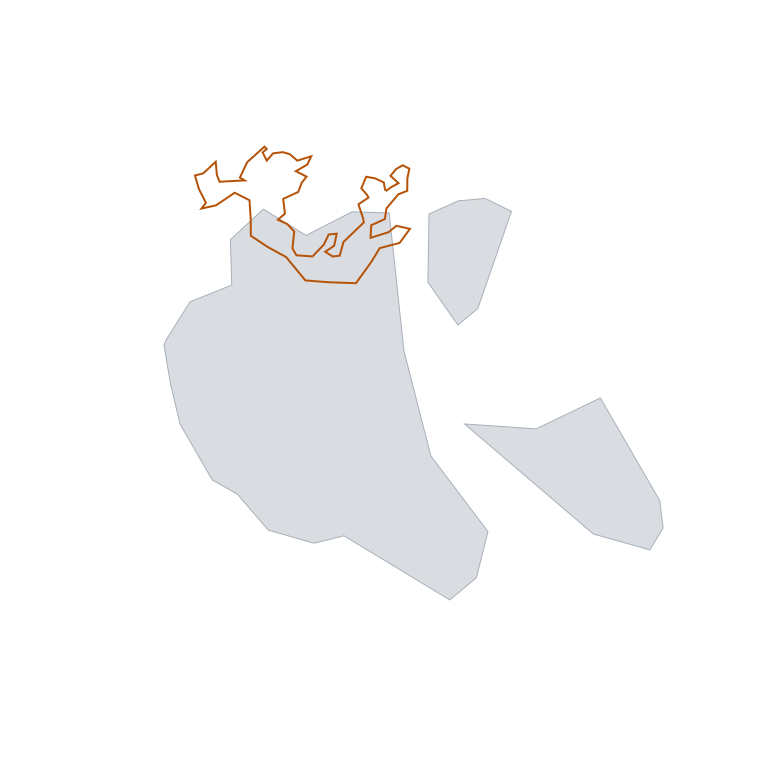 Hong Kong S.A.R., with Sai Kung highlighted, rotated 240°
{"feature_id": "HKG-5162", "entity_name": "Sai Kung", "entity_type": "state/province", "adm_level": 1, "iso_a3": "HKG", "parent_name": "Hong Kong S.A.R.", "parent_adm1": "", "projection": "mercator", "projection_center": [114.312, 22.352], "detail": "fine", "context": "in_parent", "style": "outline", "palette": "amber", "viewbox_px": 768, "rotation_deg": 240, "n_neighbors": 0, "source": "natural_earth", "source_scale": "10m", "svg_char_len": 1694}
<svg xmlns="http://www.w3.org/2000/svg" viewBox="0 0 768 768"><g transform="rotate(240 384 384)"><path d="M281.1,243.8L283.8,241.1L315.4,210.7L362.1,201.9L386.7,187.3L451.0,187.3L490.4,199.0L527.6,212.9L531.1,217.3L552.2,257.1L545.8,301.6L585.8,323.1L595.7,366.9L551.7,390.8L549.1,442.4L529.5,474.0L402.7,417.8L298.2,388.6L204.2,400.2L170.0,367.1L164.1,333.0L272.5,273.5L281.1,243.8ZM263.7,564.4L145.2,564.5L119.9,553.8L107.4,531.3L149.4,490.3L309.1,433.8L269.1,493.2L263.7,564.4ZM494.1,564.4L469.7,580.7L402.4,502.9L398.2,477.5L450.2,472.9L508.7,508.0L505.5,539.9L494.1,564.4Z" fill="#d9dde1" stroke="#a8b0b8" stroke-width="1"/><path d="M627.2,313.7L630.0,320.4L645.3,321.2L659.1,324.5L656.8,332.7L660.6,349.4L648.9,343.9L641.4,342.7L630.0,365.1L634.8,362.4L644.5,376.4L649.3,399.2L646.1,399.9L645.3,394.7L636.1,394.2L639.2,403.3L635.3,412.4L630.0,417.4L620.8,420.6L617.6,434.8L612.4,427.3L612.4,414.1L602.3,420.6L599.4,413.3L593.2,405.7L594.7,389.2L581.1,383.4L579.3,374.2L570.9,380.2L561.0,382.5L547.2,372.5L539.3,372.5L530.2,385.9L534.8,401.6L541.1,410.8L537.8,418.2L528.7,410.0L527.9,399.2L520.1,403.3L517.3,409.8L527.3,420.0L534.0,447.3L538.5,448.9L552.4,451.7L553.2,463.8L557.0,463.8L564.8,462.2L572.4,472.2L566.6,479.1L558.7,484.6L551.7,482.1L550.2,482.9L550.9,488.8L550.7,497.0L561.0,493.7L564.1,502.0L564.1,509.5L557.8,513.6L550.2,506.9L539.7,500.7L541.1,491.2L534.8,473.8L526.4,467.2L527.2,458.9L527.9,452.3L517.3,445.5L513.2,463.8L514.8,473.8L505.4,484.0L498.4,468.1L503.8,448.2L496.1,434.1L485.3,410.1L499.9,386.8L513.0,367.7L542.9,362.7L560.6,351.9L579.0,342.8L593.6,351.1L610.4,359.4L624.3,350.3L622.7,327.9L627.2,313.7Z" fill="none" stroke="#b45309" stroke-width="2"/></g></svg>